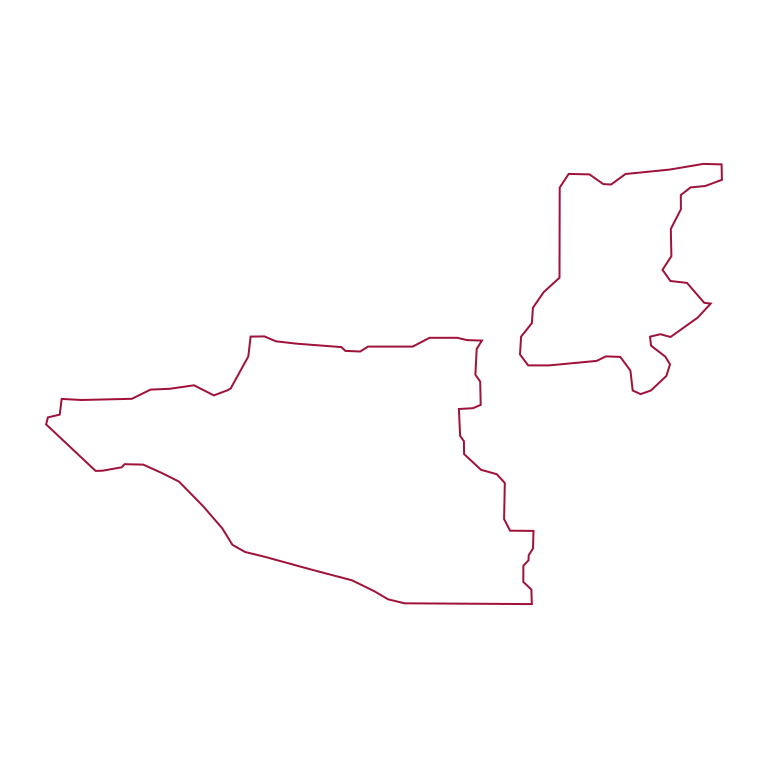 Magaria, Zinder, Niger
{"feature_id": "23599985B72934105448405", "entity_name": "Magaria", "entity_type": "district", "adm_level": 2, "iso_a3": "NER", "parent_name": "Niger", "parent_adm1": "Zinder", "projection": "orthographic", "projection_center": [9.055, 13.224], "detail": "fine", "context": "isolated", "style": "outline", "palette": "rose", "viewbox_px": 768, "rotation_deg": 0, "n_neighbors": 0, "source": "geoboundaries", "source_scale": "gbopen_adm2", "svg_char_len": 1477}
<svg xmlns="http://www.w3.org/2000/svg" viewBox="0 0 768 768"><path d="M46.1,424.4L95.6,470.9L102.5,470.7L121.7,467.3L124.6,464.2L143.2,464.6L161.2,472.7L179.0,481.6L203.2,506.3L222.3,528.4L232.4,544.8L245.1,552.0L264.4,556.7L309.1,569.0L327.6,573.9L351.9,580.3L374.3,591.2L388.0,599.3L404.5,603.3L531.8,604.1L531.4,589.6L523.3,581.9L523.4,565.7L528.5,560.3L528.7,555.2L533.0,548.5L533.5,530.9L510.1,530.7L504.1,519.1L504.8,483.0L496.8,474.2L481.0,469.8L464.1,454.1L463.9,441.2L460.1,435.8L459.4,419.6L458.9,409.0L472.9,408.2L480.7,404.9L480.2,381.6L475.4,374.7L476.7,348.9L481.9,340.6L466.9,340.1L457.4,337.8L429.5,337.8L412.7,346.6L368.0,346.6L360.2,351.5L345.4,350.9L341.4,347.1L297.0,343.7L275.9,341.3L264.4,336.4L250.6,336.6L248.3,356.5L230.7,388.4L227.7,390.2L213.9,395.4L194.0,385.3L169.7,388.8L150.6,389.6L131.8,398.8L81.3,400.0L61.7,398.9L59.7,414.6L47.9,417.4L46.1,424.4ZM721.9,179.8L721.6,164.4L703.4,163.9L669.4,169.6L625.5,174.0L611.1,184.5L603.3,184.1L589.5,174.4L568.7,173.9L559.7,187.6L559.5,277.7L543.7,292.1L532.9,307.8L531.9,323.1L521.1,336.6L520.0,354.5L528.2,365.4L548.9,365.4L596.6,360.9L605.9,356.4L620.3,356.9L630.4,370.6L632.7,390.5L640.6,394.1L650.9,390.5L666.4,375.9L670.0,364.4L665.3,356.6L651.1,345.7L650.0,336.7L660.4,334.2L670.5,337.0L697.7,317.6L710.7,303.6L704.2,302.8L687.0,282.9L670.4,281.0L662.5,269.8L671.4,256.1L670.8,228.9L680.9,209.3L680.8,195.0L690.6,187.4L705.3,186.0L721.9,179.8Z" fill="none" stroke="#9f1239" stroke-width="2"/></svg>